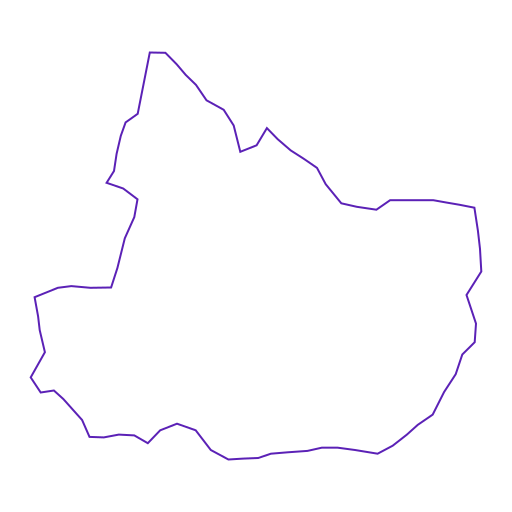 Hortolândia, São Paulo, Brazil (Albers equal-area conic projection)
{"feature_id": "56859067B73549929772376", "entity_name": "Hortolândia", "entity_type": "district", "adm_level": 2, "iso_a3": "BRA", "parent_name": "Brazil", "parent_adm1": "São Paulo", "projection": "albers", "projection_center": [-47.21, -22.87], "detail": "fine", "context": "isolated", "style": "outline", "palette": "violet", "viewbox_px": 512, "rotation_deg": 0, "n_neighbors": 0, "source": "geoboundaries", "source_scale": "gbopen_adm2", "svg_char_len": 1116}
<svg xmlns="http://www.w3.org/2000/svg" viewBox="0 0 512 512"><path d="M474.4,207.7L459.7,204.8L446.2,202.5L433.3,200.2L420.4,200.2L407.7,200.2L390.1,200.2L376.4,209.7L356.8,206.8L341.3,203.3L325.7,184.2L317.0,167.9L304.1,159.0L290.7,150.4L277.7,139.2L266.9,128.1L256.6,145.3L240.3,151.8L233.7,125.5L223.7,109.8L206.5,100.3L196.0,84.9L185.7,74.9L176.7,64.3L165.4,52.8L149.8,52.5L137.7,113.8L125.6,122.4L120.8,135.8L116.6,153.8L114.0,171.0L106.6,182.8L123.2,188.5L137.5,199.3L134.3,217.1L124.8,238.3L117.4,268.0L111.1,287.5L90.3,287.8L71.3,286.1L57.8,287.8L34.6,297.2L38.1,316.4L39.7,330.1L44.9,352.2L30.7,377.4L40.7,392.5L53.9,390.5L63.4,399.1L73.4,410.3L82.1,420.0L89.5,436.9L103.8,437.4L118.8,434.6L134.3,435.4L147.8,443.2L160.2,430.3L177.0,423.7L195.7,430.3L210.8,450.0L228.4,459.5L243.2,458.6L258.2,458.0L270.9,453.7L287.7,452.3L307.5,450.9L321.7,447.7L337.8,447.7L355.0,450.0L377.6,453.7L392.7,445.7L406.9,434.6L417.7,424.9L432.7,414.6L444.1,392.0L455.7,374.2L462.3,354.5L474.7,342.2L476.0,323.6L466.5,295.0L481.3,271.5L480.0,248.9L477.9,230.6L474.4,207.7Z" fill="none" stroke="#5b21b6" stroke-width="2"/></svg>